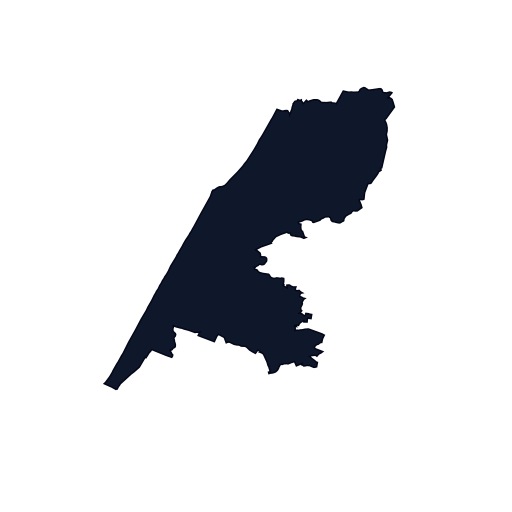 the district of Vega de Alatorre, Veracruz, Mexico, rotated 246°
{"feature_id": "50627088B59302189712162", "entity_name": "Vega de Alatorre", "entity_type": "district", "adm_level": 2, "iso_a3": "MEX", "parent_name": "Mexico", "parent_adm1": "Veracruz", "projection": "robinson", "projection_center": [-96.652, 19.993], "detail": "fine", "context": "isolated", "style": "filled", "palette": "ink", "viewbox_px": 512, "rotation_deg": 246, "n_neighbors": 0, "source": "geoboundaries", "source_scale": "gbopen_adm2", "svg_char_len": 6141}
<svg xmlns="http://www.w3.org/2000/svg" viewBox="0 0 512 512"><g transform="rotate(246 256 256)"><path d="M381.5,334.8L375.2,326.8L374.7,325.9L363.9,311.3L361.5,307.7L361.0,306.7L357.7,302.8L353.8,297.4L346.5,286.3L344.9,283.0L343.4,280.5L340.1,273.3L336.1,263.0L334.3,259.4L333.3,256.9L333.1,255.5L333.2,253.6L333.5,252.0L334.0,251.1L334.1,250.1L333.9,247.7L333.3,244.9L333.6,243.8L333.6,243.1L333.0,243.0L332.6,241.9L333.1,241.5L332.4,241.8L328.7,238.3L317.1,222.9L308.1,211.3L306.5,209.0L305.0,207.2L303.6,204.9L302.3,203.3L299.1,198.2L296.4,194.5L294.7,192.4L291.3,187.6L290.7,187.0L289.1,184.5L287.3,182.4L281.6,174.1L277.8,169.8L275.6,166.8L274.0,164.1L272.9,162.8L271.6,160.7L269.6,158.3L268.2,156.1L265.8,153.4L264.1,150.6L263.1,149.5L261.5,147.2L257.5,142.4L253.3,136.6L250.8,133.7L245.0,125.5L237.0,115.3L229.1,104.7L220.9,94.7L219.7,92.8L215.1,86.8L214.2,85.3L209.4,78.8L208.3,77.6L205.4,73.6L201.8,67.3L201.1,65.4L195.0,70.9L191.1,73.8L191.2,74.4L190.9,75.0L192.8,77.4L193.3,78.5L194.4,80.0L199.0,93.8L199.8,97.3L201.9,104.1L208.5,113.4L207.8,114.1L211.6,119.8L211.5,120.4L213.0,122.7L201.8,133.5L197.7,137.8L198.4,138.9L199.5,139.7L201.2,139.2L202.5,139.3L203.7,139.0L204.3,139.3L205.0,139.3L205.2,139.6L205.1,139.8L204.6,139.9L204.5,140.8L204.8,141.6L205.2,141.7L205.2,142.2L205.5,142.4L205.5,143.7L205.7,144.8L206.1,145.4L207.6,146.2L209.4,146.6L210.5,146.6L212.5,147.2L214.1,147.4L214.8,147.9L215.7,149.7L217.0,150.7L218.0,150.8L220.6,149.7L221.9,149.8L223.4,150.5L224.6,151.6L226.0,152.0L223.9,154.1L221.0,157.7L220.2,159.0L218.9,160.2L215.6,164.3L210.9,169.2L210.7,170.3L209.4,172.8L209.3,173.7L206.9,170.8L194.7,183.1L198.5,187.4L199.8,189.7L198.9,190.3L198.3,191.1L197.7,191.4L194.5,193.9L188.8,193.5L188.8,194.8L188.5,196.0L188.0,196.9L184.3,200.0L182.6,202.3L181.4,204.6L180.2,205.4L179.5,206.2L178.3,208.8L177.8,209.4L177.1,210.1L176.2,210.6L172.8,211.9L169.8,213.9L167.3,215.9L169.4,219.4L166.2,221.4L166.3,220.7L165.2,221.8L163.4,222.9L154.9,223.0L151.0,222.5L151.0,222.8L144.6,222.0L144.8,220.2L143.3,220.0L143.1,221.7L142.6,223.0L142.2,225.2L142.2,226.8L142.9,229.0L144.0,230.6L145.0,231.6L145.5,231.8L145.6,232.4L146.7,233.5L146.7,233.8L146.7,235.1L146.4,235.9L146.2,236.1L146.2,238.0L145.7,238.7L145.5,239.7L144.4,241.5L144.3,245.0L143.9,248.2L139.2,248.2L139.1,254.5L138.0,253.5L137.7,254.0L136.0,255.0L135.3,258.0L134.2,260.3L131.0,263.3L130.5,264.1L130.1,266.3L133.8,268.8L134.5,268.0L137.4,266.6L139.7,265.3L142.2,264.2L142.2,265.1L142.5,265.5L142.5,266.4L142.1,267.1L141.6,268.9L140.7,270.4L139.7,270.9L140.4,272.2L141.0,273.8L141.0,275.8L141.5,278.1L147.4,272.2L149.3,272.4L150.2,274.7L150.3,276.0L150.1,277.3L150.6,278.4L150.6,280.3L150.3,280.9L153.4,283.2L155.9,286.2L158.0,284.6L168.0,274.2L169.2,270.9L169.7,268.3L170.4,266.4L170.8,264.6L171.6,263.3L172.0,261.4L174.4,262.6L176.4,262.9L175.0,264.4L176.6,264.7L175.9,266.0L175.3,266.6L176.6,268.2L177.1,269.6L177.7,273.4L177.4,273.8L176.3,272.9L174.9,275.8L178.3,277.8L176.4,280.8L179.9,283.1L181.8,280.3L182.0,280.4L183.3,278.2L182.0,277.1L181.5,276.2L182.3,275.5L184.5,274.4L185.3,273.6L186.2,272.2L186.7,274.3L187.4,275.5L187.9,275.2L188.7,275.2L190.0,275.5L190.8,275.9L192.5,278.0L193.6,279.0L194.1,279.0L195.1,279.4L197.0,281.9L197.3,283.4L198.7,281.6L199.7,281.1L201.3,279.4L203.2,280.6L203.7,282.1L203.4,283.4L205.0,282.2L207.0,281.4L207.6,279.3L208.5,278.4L209.4,278.0L211.5,279.9L212.5,277.5L214.1,275.8L214.7,275.6L215.8,274.8L216.2,274.2L216.3,273.6L216.5,273.4L216.8,272.3L214.3,271.4L215.3,270.6L217.9,268.8L218.3,269.6L218.6,269.2L221.8,271.2L224.2,272.2L225.5,270.4L225.6,269.0L226.6,267.7L227.6,266.0L227.9,264.1L228.8,262.3L230.8,260.7L232.0,260.5L233.0,260.5L234.2,260.1L237.4,255.0L239.3,252.7L241.0,251.5L242.3,251.5L242.9,251.2L244.1,250.0L244.3,249.3L245.0,249.6L246.3,249.8L246.0,250.7L246.4,251.5L246.4,252.1L246.6,252.9L246.5,253.8L247.0,255.4L247.0,256.2L245.8,257.5L245.3,258.6L245.2,259.5L245.3,260.5L246.3,262.1L246.7,263.2L247.8,264.1L249.4,264.7L250.5,264.5L251.6,263.6L253.5,259.8L255.1,260.6L257.0,260.9L260.5,259.2L261.9,258.2L262.3,264.2L261.4,275.2L262.1,275.0L262.6,275.6L262.7,276.5L263.8,278.0L265.6,282.0L265.7,287.5L265.2,293.5L264.8,294.5L263.8,294.7L263.4,296.0L262.8,296.6L262.2,296.4L260.9,296.4L260.0,297.1L259.3,298.1L258.8,299.2L258.0,300.1L257.1,301.4L255.4,304.4L252.7,306.9L252.6,309.1L253.7,308.0L259.5,308.5L259.7,308.0L261.9,307.9L263.9,308.5L266.8,310.0L268.0,308.3L269.7,308.2L269.2,312.6L269.3,314.6L269.4,314.9L268.8,317.1L267.5,319.3L266.1,320.9L265.0,321.7L263.8,321.6L263.2,322.3L262.7,329.0L263.4,330.8L263.3,333.2L263.6,334.8L262.3,338.5L260.5,339.6L258.2,339.2L256.6,339.7L256.0,340.4L255.4,341.5L254.4,342.6L253.0,344.5L252.4,345.4L252.1,346.3L252.5,349.4L252.4,350.2L252.6,350.5L253.9,351.3L254.6,352.0L256.0,354.3L256.5,358.2L256.4,359.3L256.6,360.4L257.5,361.7L257.8,363.0L257.4,364.2L256.8,364.8L256.0,366.9L257.1,372.4L260.0,372.8L265.3,373.0L265.6,373.5L264.1,376.3L264.0,377.7L269.7,381.0L276.6,387.8L275.8,389.7L275.8,390.8L277.5,393.4L280.8,399.3L282.1,401.3L282.9,401.8L283.5,405.2L285.5,405.4L285.4,406.7L299.0,416.9L302.1,419.5L304.5,420.4L308.3,423.3L314.0,424.5L316.9,426.6L320.0,428.0L323.3,428.8L325.2,428.9L328.2,428.8L328.6,430.6L335.8,443.1L341.1,443.8L343.7,444.0L345.0,443.4L346.3,442.4L346.5,441.4L347.0,440.8L349.8,446.6L350.4,446.2L351.5,444.6L351.8,441.8L353.2,439.3L353.9,438.4L356.3,438.7L357.1,438.5L357.7,438.3L358.5,437.3L360.7,429.4L361.7,426.3L365.4,423.9L366.1,422.9L366.1,420.5L365.8,418.9L364.4,417.2L364.2,416.2L364.4,415.4L366.0,411.5L367.1,409.7L367.4,408.6L368.2,406.9L371.2,402.8L362.4,391.2L363.5,390.3L364.8,387.9L366.0,387.2L367.4,382.9L369.7,378.1L371.7,377.3L372.8,376.6L373.7,375.6L374.2,374.7L375.3,372.2L375.9,367.6L375.7,367.0L375.8,366.3L377.8,365.4L375.9,361.3L376.5,361.0L377.7,361.0L378.6,360.7L378.9,360.3L380.2,360.9L380.2,360.2L380.5,359.2L381.9,357.8L380.9,356.6L381.3,355.6L381.4,354.3L379.8,351.6L379.2,351.5L377.0,349.4L376.6,349.3L375.5,348.4L371.3,344.2L372.9,344.6L373.9,344.2L375.9,344.0L376.8,342.5L376.7,341.6L377.2,341.1L377.3,339.8L378.0,338.5L381.5,334.8Z" fill="#0f172a" stroke="#020617" stroke-width="1.5"/></g></svg>